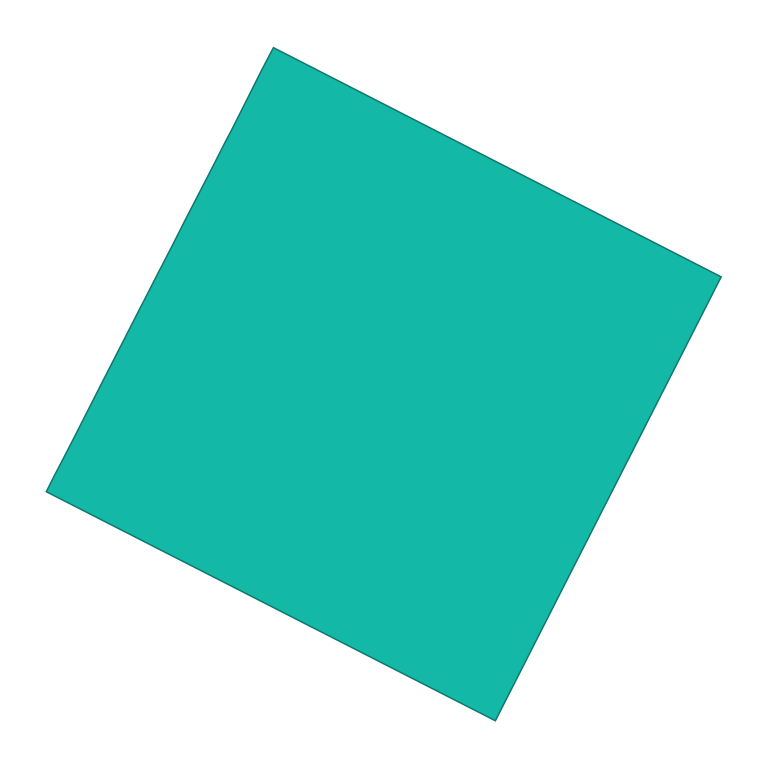 Nuckolls, Nebraska, United States of America (Equal Earth projection), rotated 117°
{"feature_id": "52423323B36699675108240", "entity_name": "Nuckolls", "entity_type": "district", "adm_level": 2, "iso_a3": "USA", "parent_name": "United States of America", "parent_adm1": "Nebraska", "projection": "equal_earth", "projection_center": [-98.046, 40.176], "detail": "fine", "context": "isolated", "style": "filled", "palette": "teal", "viewbox_px": 768, "rotation_deg": 117, "n_neighbors": 0, "source": "geoboundaries", "source_scale": "gbopen_adm2", "svg_char_len": 483}
<svg xmlns="http://www.w3.org/2000/svg" viewBox="0 0 768 768"><g transform="rotate(117 384 384)"><path d="M135.5,132.2L134.5,635.2L140.8,635.3L160.9,635.5L223.2,635.1L238.9,635.3L246.6,635.3L263.6,635.3L280.0,635.3L326.7,635.6L352.7,635.5L360.8,635.5L381.4,635.6L384.2,635.7L420.7,635.7L425.3,635.8L467.2,635.8L511.7,635.9L573.0,635.8L593.7,635.9L614.7,636.1L633.2,636.0L633.3,636.0L633.5,131.9L629.9,131.9L135.5,132.2Z" fill="#14b8a6" stroke="#0f766e" stroke-width="1.5"/></g></svg>